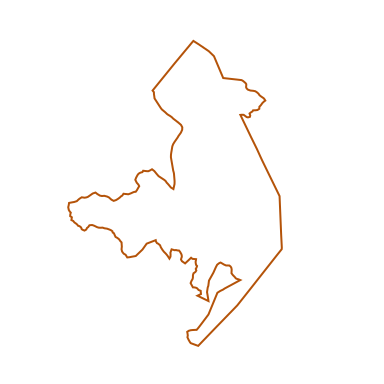 the district of Campo Maior, Piauí, Brazil, rotated 206°
{"feature_id": "56859067B57380390448277", "entity_name": "Campo Maior", "entity_type": "district", "adm_level": 2, "iso_a3": "BRA", "parent_name": "Brazil", "parent_adm1": "Piauí", "projection": "mercator", "projection_center": [-42.103, -4.859], "detail": "fine", "context": "isolated", "style": "outline", "palette": "amber", "viewbox_px": 384, "rotation_deg": 206, "n_neighbors": 0, "source": "geoboundaries", "source_scale": "gbopen_adm2", "svg_char_len": 3983}
<svg xmlns="http://www.w3.org/2000/svg" viewBox="0 0 384 384"><g transform="rotate(206 192 192)"><path d="M251.0,327.7L257.0,328.4L257.6,326.1L264.0,300.0L271.9,265.9L270.0,265.0L269.0,263.1L268.2,262.0L266.7,259.7L256.9,253.8L255.3,253.0L253.3,252.5L250.9,251.9L248.8,251.2L247.1,250.9L245.4,250.8L243.0,250.4L241.0,249.7L238.5,249.2L234.3,248.3L231.3,247.5L229.1,245.9L228.1,243.6L228.0,240.5L228.7,236.5L228.8,234.7L229.6,229.7L229.9,226.7L229.7,224.4L229.2,222.7L228.5,220.4L227.9,218.3L227.2,216.2L226.2,214.0L218.2,202.9L217.1,201.7L216.2,200.5L212.4,194.1L211.2,191.5L210.0,186.5L213.0,186.8L214.7,187.6L215.8,188.1L217.7,188.9L218.9,189.3L220.3,190.2L222.0,190.7L229.0,191.6L231.8,192.8L235.0,194.3L237.9,194.9L239.1,193.1L240.3,191.6L242.0,190.8L245.2,189.7L245.3,188.1L246.4,187.2L247.4,186.1L248.1,184.8L248.4,183.2L248.5,180.3L248.3,178.1L245.7,176.1L243.5,175.2L242.0,174.1L242.2,171.9L242.3,169.6L242.7,167.5L243.8,166.9L244.8,165.9L246.6,163.7L248.3,162.0L249.8,161.5L251.0,161.0L252.8,160.4L253.1,158.2L253.9,157.0L254.4,155.5L255.5,153.4L256.7,151.5L258.5,149.7L261.1,149.8L262.9,150.3L264.2,150.7L266.3,150.7L269.2,150.1L271.2,148.9L273.2,148.4L276.3,148.7L278.5,149.2L280.6,147.1L282.3,144.0L283.5,141.9L284.5,140.9L286.0,139.8L288.8,138.9L290.2,136.6L290.9,135.0L291.5,133.3L293.6,131.3L294.6,130.6L297.7,128.3L297.0,126.0L296.6,124.1L294.9,121.9L293.4,120.9L291.9,120.3L291.6,118.6L290.9,116.9L288.9,116.6L288.1,113.9L286.0,113.9L284.4,113.1L282.4,112.8L280.9,112.4L279.5,111.7L278.1,112.0L276.1,111.5L274.8,110.2L273.5,110.1L271.7,110.2L270.6,111.9L270.6,113.6L269.9,115.1L269.6,117.1L268.4,117.9L267.1,118.6L265.1,118.8L261.8,118.8L260.1,119.1L258.3,119.9L256.7,120.8L254.8,121.0L252.3,121.8L249.4,122.1L247.6,122.1L246.3,121.8L245.5,120.8L244.1,120.7L242.6,119.4L241.0,118.1L238.9,118.0L236.7,117.5L235.2,116.6L233.2,115.8L232.2,114.0L231.1,112.1L230.2,109.6L228.8,107.9L227.6,107.2L226.2,106.6L224.2,106.5L221.5,104.8L219.3,106.2L217.9,107.3L214.5,109.8L211.3,118.5L210.5,123.3L210.1,125.7L203.5,132.8L202.7,131.7L201.1,130.7L199.7,130.7L197.3,130.1L196.1,128.9L194.9,128.1L193.1,127.0L191.1,126.0L188.5,125.1L186.7,124.3L185.4,123.6L183.1,122.2L183.0,124.4L183.9,126.5L184.8,128.0L185.2,131.5L183.6,131.8L182.0,132.1L181.0,132.8L179.5,133.1L177.9,133.7L176.2,132.8L174.1,131.3L173.3,130.3L172.7,129.2L172.6,128.0L172.3,126.5L170.7,125.4L166.9,124.8L165.2,129.2L164.0,132.5L162.3,132.1L158.9,133.4L158.5,132.2L158.1,130.7L157.4,129.6L156.4,128.3L155.0,127.7L154.8,125.9L154.9,124.5L153.7,123.3L153.9,121.6L155.0,119.6L154.7,117.7L153.6,115.3L153.3,113.7L153.5,112.3L153.3,109.5L149.4,106.7L148.0,107.3L146.5,107.7L145.2,107.7L143.1,106.8L140.9,107.0L139.2,104.2L141.6,101.2L129.4,101.2L130.6,103.0L133.0,106.4L134.6,108.6L136.0,113.0L136.2,114.8L137.9,119.8L137.4,128.8L137.6,135.0L137.5,137.7L136.3,140.1L135.4,141.1L133.6,141.0L131.4,140.8L129.2,140.9L126.2,142.3L124.6,141.9L123.5,141.2L122.4,139.8L120.9,136.3L119.0,135.3L116.2,134.3L114.8,133.6L113.4,133.6L111.9,133.9L110.0,134.0L120.4,119.5L121.3,117.9L123.2,115.5L125.0,112.6L123.5,89.1L126.3,74.7L126.8,72.4L127.4,70.1L129.0,69.3L131.3,68.0L132.7,67.1L134.1,65.8L135.0,64.2L133.8,62.6L132.9,61.2L132.4,59.4L130.3,57.7L128.1,56.2L126.9,55.6L119.0,56.4L110.8,81.8L101.6,109.9L96.7,132.2L94.2,143.8L87.9,172.8L86.3,179.9L86.9,181.4L93.2,192.8L111.5,226.7L132.4,243.0L142.5,250.9L146.2,253.9L152.5,259.1L163.2,267.4L182.3,282.5L181.0,283.3L179.4,284.0L177.1,283.6L175.8,283.3L174.4,283.6L172.9,284.9L173.2,286.3L174.7,287.8L174.0,289.3L173.0,290.9L172.9,292.2L170.7,293.3L169.1,294.4L168.0,296.3L168.8,298.2L168.2,300.0L167.7,302.9L166.9,305.0L166.2,306.3L167.4,307.1L168.7,307.7L170.8,308.0L172.6,308.3L174.0,308.7L175.3,309.5L177.5,310.1L179.3,310.3L181.3,309.8L184.0,308.8L186.7,308.5L188.4,309.1L189.4,310.0L189.8,311.2L190.5,312.7L191.7,313.4L193.2,313.8L194.9,314.2L196.5,314.3L200.2,313.0L213.9,308.1L231.8,323.7L238.6,325.9L251.0,327.7Z" fill="none" stroke="#b45309" stroke-width="2"/></g></svg>